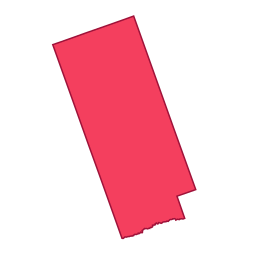 outline of Sampov Lun, Batdâmbâng, Cambodia, rotated 251°
{"feature_id": "14789045B67419263387290", "entity_name": "Sampov Lun", "entity_type": "district", "adm_level": 2, "iso_a3": "KHM", "parent_name": "Cambodia", "parent_adm1": "Batdâmbâng", "projection": "natural_earth1", "projection_center": [102.379, 13.419], "detail": "fine", "context": "isolated", "style": "filled", "palette": "rose", "viewbox_px": 256, "rotation_deg": 251, "n_neighbors": 0, "source": "geoboundaries", "source_scale": "gbopen_adm2", "svg_char_len": 1891}
<svg xmlns="http://www.w3.org/2000/svg" viewBox="0 0 256 256"><g transform="rotate(251 128 128)"><path d="M231.3,84.0L173.8,84.7L125.1,85.2L112.5,85.4L92.0,85.7L65.2,86.0L64.7,86.0L46.3,86.2L26.1,86.4L25.7,86.4L25.2,87.3L25.2,87.7L25.3,88.1L25.7,88.8L25.8,89.4L26.0,89.7L25.7,90.3L25.4,90.8L25.3,91.5L25.4,92.5L25.2,93.1L25.1,93.4L24.9,93.8L25.0,94.3L25.0,94.6L25.0,95.1L24.7,95.7L24.7,96.1L24.8,96.5L24.6,96.9L24.3,97.3L24.4,97.7L24.7,97.9L24.6,98.2L24.5,98.5L25.0,98.9L25.2,99.2L25.2,99.8L25.0,100.4L24.6,101.0L24.7,101.6L24.7,102.2L24.6,102.7L24.6,103.1L25.2,103.5L24.7,104.0L24.5,104.5L24.7,104.9L24.8,105.3L25.2,105.7L25.4,106.2L24.9,106.6L24.5,106.9L24.4,107.5L24.8,107.8L25.2,108.0L26.0,108.0L26.5,108.0L26.7,108.8L26.7,109.2L27.0,110.1L27.5,110.4L27.5,110.7L27.6,111.0L27.3,111.5L27.1,111.8L27.0,112.6L26.6,113.2L26.2,113.8L26.2,114.2L26.4,114.7L26.2,115.5L26.0,115.9L26.3,116.1L26.6,116.5L26.6,117.2L26.3,117.6L26.4,118.4L26.6,119.0L26.9,119.3L27.7,119.4L28.1,119.5L28.0,120.3L27.7,120.9L27.7,121.4L27.6,121.8L27.7,122.4L28.4,122.3L28.8,123.3L28.9,124.0L28.6,124.2L28.2,124.3L27.7,124.6L27.6,125.2L27.9,125.5L28.3,125.9L28.6,126.2L28.5,126.6L28.0,127.0L27.7,127.6L27.4,127.9L27.1,128.2L27.1,129.2L27.4,129.7L27.6,130.2L27.6,131.0L27.6,131.7L27.2,132.2L27.2,133.0L27.0,133.5L27.1,134.1L27.3,134.6L26.8,135.2L26.6,135.7L26.7,135.9L26.8,136.0L27.2,136.6L27.3,137.1L27.7,137.6L27.7,138.3L27.4,138.8L27.3,139.6L27.3,140.3L27.6,140.8L27.5,141.2L27.1,141.6L27.2,142.4L27.0,142.8L26.5,143.0L25.9,143.5L25.4,143.3L25.4,143.9L25.6,144.4L25.6,145.2L25.3,145.5L25.1,145.9L25.1,146.0L24.9,146.4L24.7,146.8L25.0,147.1L25.1,147.6L24.8,148.1L24.8,148.6L24.8,149.0L24.5,149.5L24.2,150.0L24.0,150.6L24.1,151.0L24.1,151.6L24.1,152.2L47.6,152.1L47.7,172.0L112.5,171.1L232.0,169.8L231.8,156.3L231.6,121.0L231.6,120.1L231.3,93.1L231.3,84.0Z" fill="#f43f5e" stroke="#9f1239" stroke-width="1.5"/></g></svg>